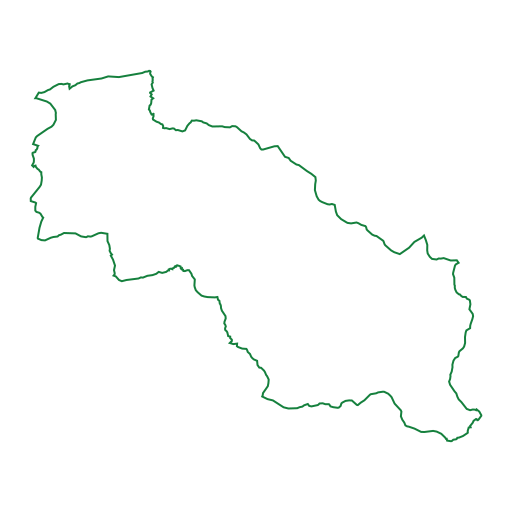 outline of Valea Viilor, Sibiu, Romania
{"feature_id": "2599482B28979947383281", "entity_name": "Valea Viilor", "entity_type": "district", "adm_level": 2, "iso_a3": "ROU", "parent_name": "Romania", "parent_adm1": "Sibiu", "projection": "orthographic", "projection_center": [24.308, 46.067], "detail": "fine", "context": "isolated", "style": "outline", "palette": "green", "viewbox_px": 512, "rotation_deg": 0, "n_neighbors": 0, "source": "geoboundaries", "source_scale": "gbopen_adm2", "svg_char_len": 5971}
<svg xmlns="http://www.w3.org/2000/svg" viewBox="0 0 512 512"><path d="M479.3,411.6L476.6,409.4L476.1,410.2L475.3,409.7L472.8,409.5L470.1,410.2L466.7,408.9L461.4,402.1L458.7,399.4L457.4,396.8L456.3,393.4L454.5,391.3L450.1,384.8L449.1,381.6L450.1,379.0L450.5,376.1L450.3,374.8L451.7,371.6L452.5,367.2L452.4,364.7L453.5,360.6L455.2,358.0L457.8,356.7L458.3,356.0L458.9,352.3L459.5,351.2L462.9,348.4L464.1,346.6L465.1,343.0L465.0,337.1L465.7,332.4L466.4,330.4L470.1,328.2L470.2,325.8L470.6,324.1L472.4,319.0L473.1,316.2L472.7,313.9L469.4,309.3L470.4,304.3L469.9,300.6L469.4,299.8L466.8,298.6L465.9,297.0L462.6,296.9L461.2,295.9L459.8,294.4L458.9,294.3L456.6,292.4L455.3,289.7L454.8,287.9L454.8,285.5L454.4,284.7L454.3,277.7L453.0,274.1L453.2,272.6L455.0,265.6L455.8,264.4L458.6,262.8L456.8,260.3L450.7,260.5L443.7,258.1L440.9,258.6L438.7,258.5L436.6,259.5L432.0,258.9L429.8,256.8L427.7,253.5L427.2,250.4L427.3,244.9L425.9,240.3L424.0,235.5L421.7,237.7L414.4,241.9L409.1,247.7L399.8,254.1L394.2,252.2L391.1,250.4L385.2,245.2L384.5,244.1L383.5,241.2L383.1,240.7L376.5,236.0L374.6,235.7L372.2,234.6L367.5,230.4L366.7,229.5L366.1,227.1L365.4,226.1L361.3,224.9L358.4,223.2L356.5,222.5L351.1,223.4L347.5,222.9L346.4,222.3L341.1,219.1L337.2,215.2L335.9,211.6L334.7,204.9L331.9,204.0L329.5,204.5L327.5,204.2L322.2,202.1L320.1,201.0L318.6,199.7L316.7,196.3L314.9,190.1L315.2,184.2L315.8,180.6L315.4,177.1L311.3,173.8L307.0,171.1L298.9,165.1L296.4,164.5L291.5,161.3L290.7,160.8L288.7,158.0L285.0,156.8L277.7,146.1L274.4,146.3L263.2,149.5L261.4,149.5L260.2,148.3L258.4,144.4L255.3,141.5L254.1,140.5L252.1,140.4L249.9,138.9L246.5,134.4L243.8,132.4L241.5,131.3L236.9,127.1L235.5,126.3L232.2,126.1L230.0,127.3L229.1,127.3L224.8,127.1L222.1,126.3L212.4,126.5L208.8,125.1L206.7,123.4L203.2,122.4L201.8,121.3L196.3,120.3L194.0,120.7L191.8,120.6L190.7,122.4L189.5,123.3L187.4,125.8L185.1,130.4L182.4,131.4L177.8,130.0L175.9,130.2L173.9,128.5L172.5,128.4L169.6,129.1L166.1,128.1L164.6,128.3L163.0,127.9L163.2,126.1L162.4,124.4L160.9,124.0L158.9,122.5L156.5,121.7L153.0,119.5L152.8,118.4L153.6,116.0L153.4,114.7L153.6,114.0L153.3,113.8L152.1,114.7L151.6,114.6L150.3,112.1L149.8,110.4L148.9,109.5L149.6,105.6L150.7,104.6L151.2,103.1L151.5,99.7L153.2,98.3L150.5,96.5L151.7,94.4L150.1,92.9L150.1,92.5L153.6,90.6L152.5,88.1L151.6,84.4L152.8,82.5L152.4,81.2L152.8,80.0L152.5,78.9L153.0,77.3L152.0,76.7L150.3,74.1L150.1,73.1L150.6,71.6L150.2,71.0L149.1,70.8L147.8,71.5L145.3,71.7L142.2,73.0L118.9,77.1L108.2,76.4L101.5,78.5L87.5,80.4L80.9,82.2L79.2,83.1L77.4,83.5L75.4,85.2L72.4,86.4L69.6,88.7L69.1,86.1L69.7,84.8L69.6,84.1L69.0,84.2L67.6,83.5L63.4,84.4L61.5,83.9L58.7,84.1L53.4,86.8L49.9,89.5L48.1,90.0L44.4,92.1L41.3,92.9L38.8,92.6L35.4,98.2L36.3,98.2L46.8,101.5L50.3,103.6L55.2,110.0L55.9,113.0L55.7,114.0L55.9,119.9L53.4,124.8L51.5,126.7L47.6,128.8L37.2,136.0L35.8,137.4L33.1,144.1L38.1,145.8L37.5,146.5L37.4,148.0L36.7,149.5L35.7,150.2L35.5,151.7L35.1,152.1L33.1,152.6L32.5,153.1L32.6,154.9L33.9,158.6L33.9,161.1L33.7,162.5L32.1,165.4L33.6,166.9L34.3,165.9L35.5,165.6L35.8,166.8L37.5,168.9L38.7,169.6L40.3,171.7L41.3,172.2L41.3,174.3L41.9,177.5L41.7,180.6L41.0,184.7L39.7,186.8L31.0,197.6L30.7,198.6L30.8,201.1L35.3,202.5L36.1,203.1L35.3,206.8L35.3,210.6L36.4,211.9L39.1,212.7L40.5,213.7L42.4,216.9L43.2,217.6L41.3,221.6L39.5,227.8L37.7,238.0L37.9,238.6L41.4,240.1L45.0,240.4L50.9,237.7L53.4,237.0L57.6,236.5L59.0,235.2L60.8,234.7L64.0,233.0L75.5,233.4L81.1,236.4L85.4,237.1L86.4,237.1L87.9,236.3L90.6,236.6L91.8,236.3L98.4,233.3L99.8,233.0L101.2,232.8L107.4,233.8L107.5,241.1L109.3,245.1L109.9,248.7L109.6,250.8L110.8,253.2L112.0,254.6L110.8,255.6L113.0,259.6L115.0,265.6L114.0,270.1L114.7,273.2L114.6,274.3L113.6,275.6L115.8,276.4L119.0,280.0L121.8,281.2L126.5,280.0L138.5,278.5L140.9,277.4L142.9,277.6L147.4,275.8L152.5,275.1L156.3,273.8L158.7,271.9L162.2,272.9L166.2,271.9L168.1,270.4L169.0,270.4L168.8,269.4L170.0,268.8L170.9,268.7L172.4,269.2L172.5,268.4L174.1,267.8L174.8,266.4L175.6,266.1L175.0,267.0L176.2,266.7L176.7,265.5L178.6,265.7L180.6,266.5L180.7,268.3L180.9,268.6L181.9,268.2L182.0,269.5L183.1,269.7L183.2,270.8L183.5,271.0L184.9,271.1L187.3,270.2L189.0,270.2L191.4,273.7L192.1,276.0L194.8,279.4L194.4,285.4L194.7,287.1L195.8,290.2L197.6,292.2L201.5,295.6L204.3,296.5L207.7,297.1L214.9,297.4L217.4,297.0L218.0,299.7L219.4,300.8L219.8,303.7L220.4,304.3L220.9,306.0L221.0,308.0L221.9,310.7L225.5,316.1L225.7,318.5L224.5,321.7L224.3,323.5L225.2,324.7L225.8,326.4L225.1,328.2L225.1,329.4L225.4,330.2L226.6,331.2L227.3,332.3L228.2,336.1L230.2,336.6L230.2,338.1L231.8,339.6L231.9,340.9L229.8,343.0L233.4,344.1L237.1,343.6L236.9,346.2L238.0,347.0L242.2,348.6L246.4,348.9L247.2,350.2L247.7,351.9L250.0,354.0L251.2,356.8L252.4,358.2L253.8,359.4L257.1,360.8L257.5,365.0L259.3,367.6L261.1,367.8L264.0,370.6L265.0,372.2L266.1,374.9L267.1,376.2L268.5,379.1L268.7,379.7L268.4,383.2L267.8,386.2L263.0,393.1L262.7,395.3L262.2,396.5L267.5,399.1L272.9,400.4L283.6,407.3L288.4,408.5L297.2,408.2L299.6,407.2L302.4,406.6L304.1,405.3L307.8,404.0L309.2,405.9L311.5,406.4L317.6,405.1L318.4,404.7L319.5,403.5L322.7,403.3L325.3,404.2L328.7,404.2L329.2,404.4L330.5,406.4L333.3,407.2L337.7,407.8L338.8,407.6L340.6,406.0L341.4,403.4L342.3,402.6L345.5,400.9L349.1,400.4L351.9,400.5L356.8,404.9L357.8,405.1L360.8,402.6L364.4,400.3L370.0,394.7L370.8,394.2L376.2,393.3L378.1,392.4L383.0,391.7L384.2,391.8L388.2,393.7L390.3,395.7L391.6,397.2L394.6,403.6L400.8,410.3L401.4,411.6L400.9,416.3L402.3,419.7L404.3,422.6L405.4,425.4L407.2,426.4L408.6,426.6L414.5,428.6L421.1,431.9L424.4,432.0L433.1,430.9L436.7,431.6L441.3,433.8L445.2,437.6L446.0,438.9L446.7,438.8L447.1,440.6L450.9,441.2L451.7,441.1L453.3,439.7L456.1,439.3L456.9,438.7L457.3,437.8L459.0,437.6L463.0,436.0L467.5,433.0L467.8,432.7L467.7,431.0L468.7,427.5L470.6,427.3L470.1,426.0L472.7,422.8L473.6,420.8L476.1,419.0L476.7,419.2L477.3,420.2L477.8,420.2L478.6,419.5L481.3,415.8L481.3,415.2L479.3,411.6Z" fill="none" stroke="#15803d" stroke-width="2"/></svg>